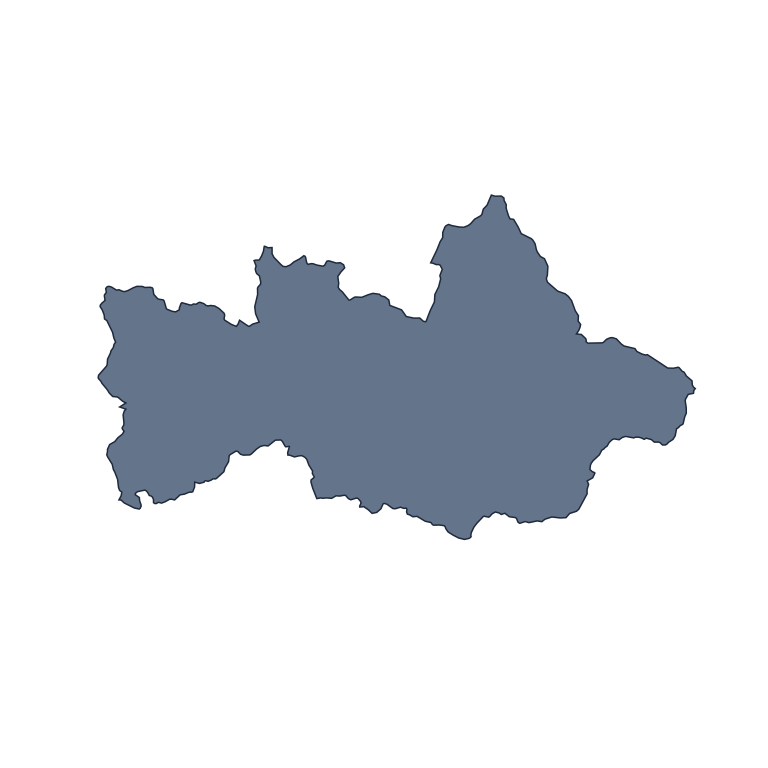 outline of Na Ri, Bắc Kạn, Vietnam, rotated 69°
{"feature_id": "81297802B30321615980530", "entity_name": "Na Ri", "entity_type": "district", "adm_level": 2, "iso_a3": "VNM", "parent_name": "Vietnam", "parent_adm1": "Bắc Kạn", "projection": "orthographic", "projection_center": [106.134, 22.162], "detail": "fine", "context": "isolated", "style": "filled", "palette": "slate", "viewbox_px": 768, "rotation_deg": 69, "n_neighbors": 0, "source": "geoboundaries", "source_scale": "gbopen_adm2", "svg_char_len": 6162}
<svg xmlns="http://www.w3.org/2000/svg" viewBox="0 0 768 768"><g transform="rotate(69 384 384)"><path d="M216.5,439.6L215.2,443.5L212.7,445.9L212.6,446.5L216.9,449.0L220.6,452.4L223.3,455.7L223.4,456.7L222.4,459.1L222.2,461.1L228.0,461.1L230.5,463.0L233.2,463.4L235.3,463.3L238.4,461.6L244.4,462.5L246.5,463.4L248.4,467.0L249.3,467.8L255.1,469.9L265.6,477.0L272.4,478.7L281.5,478.4L281.0,485.1L281.9,489.0L281.7,489.6L279.8,491.1L272.7,496.0L275.6,498.6L277.3,501.2L273.6,505.2L267.2,509.9L266.0,510.0L262.7,508.1L261.7,507.9L260.4,508.0L254.3,511.0L250.5,514.1L248.6,517.6L248.0,520.5L246.8,522.0L244.3,523.5L241.7,526.6L241.6,528.0L242.2,530.8L241.0,533.3L241.3,535.1L240.9,536.5L235.7,543.5L236.1,544.7L239.8,547.9L241.3,548.4L242.0,552.6L240.3,555.6L236.8,559.4L235.8,560.2L227.6,559.5L226.3,560.0L224.1,563.9L223.1,564.8L217.8,566.8L212.1,565.6L211.3,565.8L210.0,567.4L208.1,572.8L206.4,574.5L204.3,579.6L204.3,583.6L205.0,589.6L204.8,593.0L203.9,594.7L201.0,597.7L200.5,600.1L195.9,603.6L194.5,605.3L194.0,606.6L194.1,607.9L195.1,609.6L199.0,610.4L200.5,612.9L201.5,613.5L206.0,614.5L207.5,618.6L208.7,620.6L210.0,621.3L214.0,620.5L219.2,620.5L223.1,621.6L225.5,620.0L238.4,618.9L244.2,619.7L248.8,619.6L250.2,621.8L253.0,623.7L255.2,627.0L257.2,628.4L261.7,633.2L266.5,635.4L267.9,636.7L273.5,647.3L275.7,648.6L276.8,648.6L279.9,647.3L282.1,647.1L290.5,644.3L293.7,643.8L298.4,641.8L300.4,637.9L301.4,636.9L306.4,634.2L309.2,631.8L310.7,639.0L315.0,634.0L316.2,636.2L319.3,638.6L327.3,640.8L329.1,641.7L331.0,644.1L331.9,644.4L335.1,643.7L337.1,646.3L338.8,651.7L341.3,656.0L342.2,661.8L345.9,665.6L347.7,666.2L350.8,668.2L353.2,668.1L361.6,666.5L366.8,667.3L369.8,666.9L377.6,666.9L385.3,668.9L388.0,669.0L389.1,668.7L390.8,667.5L394.1,669.4L397.2,673.0L398.2,671.0L402.0,669.1L410.3,661.5L413.0,657.4L412.6,656.1L411.1,654.6L409.6,654.1L405.6,654.0L402.3,653.1L398.2,655.9L396.9,655.1L396.2,652.7L397.3,645.5L398.2,644.4L400.5,643.5L403.9,643.1L405.3,641.4L406.7,640.7L409.2,640.6L412.2,641.7L413.5,640.8L414.0,639.3L413.6,637.0L415.5,634.3L415.5,630.4L414.8,625.5L415.4,623.6L417.2,621.0L414.4,614.0L415.3,609.9L415.2,604.7L416.1,602.1L416.0,601.1L412.2,597.7L407.8,595.9L410.7,591.9L411.2,587.2L410.3,586.0L410.5,584.9L411.8,583.2L411.8,579.8L411.2,577.5L412.2,575.5L412.1,574.2L408.5,564.9L405.4,562.6L400.9,557.0L395.3,554.1L394.7,552.4L393.6,546.1L394.6,544.7L398.2,543.1L400.0,540.8L402.1,534.7L401.8,532.9L399.0,526.1L398.0,521.9L398.4,518.0L400.3,514.4L397.5,505.5L399.2,500.6L400.1,499.8L401.7,499.4L406.8,498.6L407.5,498.1L408.2,495.0L408.5,494.7L413.5,498.5L415.9,499.2L416.6,497.6L420.0,493.7L420.7,488.8L421.5,486.3L424.1,484.1L426.7,483.1L432.7,483.2L439.6,481.9L442.0,483.0L445.6,482.4L446.3,483.1L447.4,486.4L449.2,487.3L455.8,487.9L466.9,487.8L467.7,483.8L468.7,482.2L469.8,478.3L472.0,473.8L471.2,468.9L472.8,465.4L473.6,460.9L474.5,459.7L478.3,458.3L480.2,456.5L480.6,450.7L481.5,449.3L485.1,448.0L486.8,448.0L489.4,450.6L490.2,450.7L491.3,446.8L495.8,443.7L500.5,441.5L501.3,436.8L499.4,431.6L495.5,427.7L495.5,426.7L497.2,424.4L503.4,420.4L504.5,418.2L504.9,412.8L507.2,410.1L507.9,407.7L509.1,407.5L511.6,408.8L513.9,408.8L515.2,407.1L518.3,404.6L519.4,400.6L526.9,394.7L530.1,389.9L532.7,389.1L533.5,388.4L535.6,382.6L537.8,378.7L538.8,378.1L541.4,378.1L545.1,377.2L549.8,373.7L554.5,369.5L557.9,364.6L558.6,360.3L558.3,358.3L557.7,357.4L556.8,357.3L554.3,356.0L549.8,351.3L547.3,347.2L543.3,338.8L543.3,337.9L545.8,334.1L545.7,333.0L543.9,329.5L543.4,325.9L545.7,322.7L547.8,321.3L548.0,317.5L552.8,314.6L555.8,309.2L556.9,308.5L561.1,308.4L562.7,307.2L563.0,301.5L565.4,298.3L566.7,290.1L569.1,286.0L567.9,282.1L568.3,275.0L572.2,267.5L574.0,262.0L571.4,257.1L571.8,249.9L570.7,247.0L559.4,233.8L555.4,232.3L550.9,228.9L547.3,229.1L546.4,222.8L542.8,219.1L542.2,219.1L540.7,220.8L537.7,222.4L534.1,220.6L532.3,219.0L530.5,216.2L527.3,208.3L523.8,204.4L523.4,201.9L522.5,200.4L522.0,198.1L519.2,194.6L517.7,190.7L517.7,188.8L520.3,184.5L519.3,180.7L519.5,177.2L523.8,170.2L523.8,168.3L524.8,165.5L526.5,163.1L528.6,161.2L528.9,160.5L528.5,158.7L531.7,154.3L535.1,152.5L536.7,148.3L538.0,147.1L540.7,145.9L541.7,143.3L541.6,141.7L540.3,138.9L539.3,134.1L536.7,130.7L530.6,126.9L530.3,124.9L528.9,122.1L528.8,120.0L528.3,119.0L522.3,114.9L519.7,112.3L514.7,110.4L507.5,108.8L506.2,107.9L502.7,103.7L503.6,98.4L501.1,97.1L499.8,95.0L497.9,96.2L495.3,96.5L491.4,95.3L485.0,98.8L480.5,99.6L478.9,101.1L474.6,102.6L473.8,103.3L473.0,108.1L470.8,113.4L451.0,127.6L450.7,129.4L448.6,132.3L444.2,136.3L440.9,137.0L434.6,146.2L432.0,148.0L425.1,150.9L422.5,154.2L421.9,156.3L422.0,160.2L423.8,164.3L423.8,165.5L418.9,179.1L417.0,180.2L415.6,179.5L413.9,179.4L408.5,182.0L406.2,186.4L404.0,183.2L401.4,180.7L398.9,179.1L394.8,180.2L389.9,178.0L384.2,179.2L373.4,179.0L368.3,180.5L364.8,182.5L359.5,188.6L347.8,194.8L344.9,194.9L343.2,194.3L341.0,192.5L332.8,188.8L324.5,189.3L321.0,192.3L315.7,193.5L313.1,193.6L307.4,192.7L303.2,193.4L301.2,194.3L292.8,202.0L285.4,202.5L276.7,204.0L275.1,207.1L272.2,207.5L265.1,207.1L263.2,206.8L260.4,205.6L255.7,206.1L253.3,205.4L250.6,207.1L248.5,213.0L246.1,216.1L254.0,223.7L256.3,228.6L260.8,231.9L261.6,233.6L262.6,240.3L265.4,245.7L266.2,248.7L266.3,253.2L264.4,257.5L260.5,263.8L258.2,266.5L258.4,269.2L259.3,270.9L263.5,274.8L268.4,276.8L271.3,280.6L277.6,286.4L287.6,297.0L288.7,295.1L291.2,292.5L292.3,289.7L293.3,289.0L297.8,288.5L302.8,293.0L306.1,293.4L312.8,298.1L318.6,304.4L325.4,307.5L332.2,314.7L340.4,322.1L340.8,322.8L339.5,324.8L335.2,327.0L333.2,332.5L329.0,339.0L321.1,341.0L312.7,350.4L307.3,349.4L302.9,352.0L300.8,355.0L298.6,356.1L295.4,361.8L295.0,366.9L295.1,373.7L292.6,379.3L292.4,380.6L293.4,385.6L293.0,386.7L283.0,389.9L279.9,391.6L277.3,392.1L273.8,390.2L267.1,388.6L264.0,384.1L261.5,379.1L258.2,379.0L255.1,381.3L254.0,385.2L249.4,391.1L248.9,392.8L248.9,393.4L251.9,396.9L252.1,398.9L248.8,404.2L246.3,407.1L245.6,408.6L245.0,412.2L242.9,412.7L237.7,411.8L236.5,411.9L235.5,412.9L237.0,418.1L237.7,424.3L239.3,428.9L239.4,433.2L238.5,435.3L237.7,436.3L235.2,437.6L226.3,441.4L222.3,441.8L216.5,439.6Z" fill="#64748b" stroke="#1e293b" stroke-width="1.5"/></g></svg>